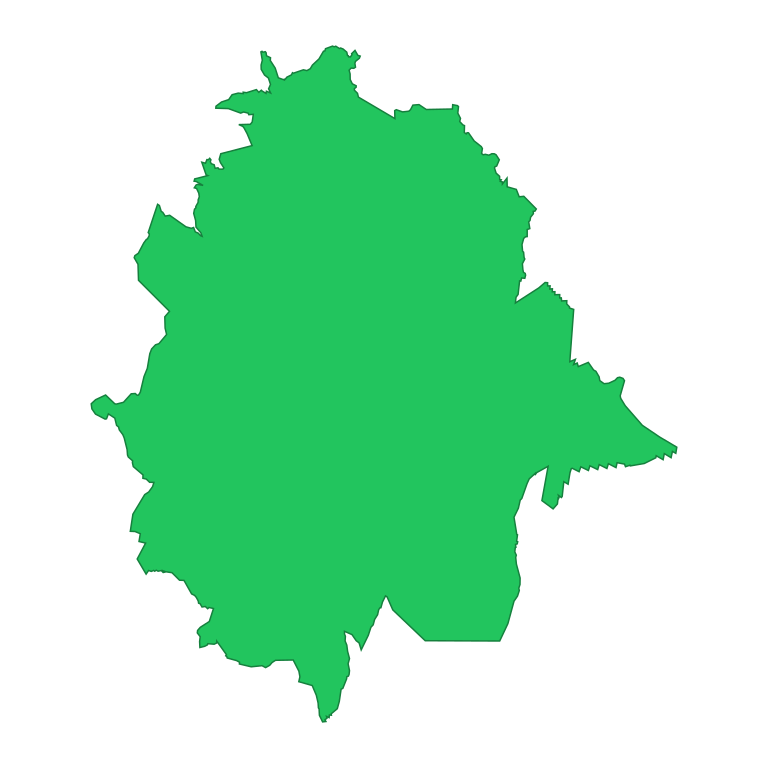 outline of Zautla, Puebla, Mexico
{"feature_id": "50627088B17809013633948", "entity_name": "Zautla", "entity_type": "district", "adm_level": 2, "iso_a3": "MEX", "parent_name": "Mexico", "parent_adm1": "Puebla", "projection": "equal_earth", "projection_center": [-97.698, 19.714], "detail": "fine", "context": "isolated", "style": "filled", "palette": "green", "viewbox_px": 768, "rotation_deg": 0, "n_neighbors": 0, "source": "geoboundaries", "source_scale": "gbopen_adm2", "svg_char_len": 6039}
<svg xmlns="http://www.w3.org/2000/svg" viewBox="0 0 768 768"><path d="M570.0,472.6L571.3,468.6L572.3,468.3L579.1,471.7L580.8,466.8L588.4,470.5L589.9,465.8L597.7,469.6L599.2,464.6L606.9,468.5L608.4,463.7L616.0,467.6L617.1,462.7L624.5,464.1L625.5,466.7L630.0,465.2L630.3,465.9L644.3,463.5L655.8,457.8L656.2,455.7L663.1,459.7L664.3,453.6L671.1,457.7L672.4,451.4L675.8,453.3L676.8,447.2L659.6,437.0L642.3,425.3L625.2,405.7L620.7,398.3L620.2,395.8L624.5,380.7L623.0,378.4L619.8,377.2L617.5,377.7L615.0,380.3L608.8,383.2L604.1,383.7L599.8,380.6L599.1,376.8L595.9,371.3L593.6,370.0L588.3,362.4L578.3,366.6L577.2,363.0L573.6,364.6L575.4,359.3L569.8,361.7L573.7,309.4L569.5,308.0L569.5,306.9L566.7,303.9L566.8,300.7L561.6,300.9L561.3,297.9L559.7,297.9L559.7,294.6L554.8,294.7L554.9,291.7L552.3,291.8L552.4,288.8L549.8,289.0L550.1,285.9L547.6,285.9L547.6,282.7L545.1,282.5L538.8,287.9L515.4,303.0L516.0,297.3L518.1,294.4L519.6,280.9L520.8,281.1L521.6,278.0L524.8,278.3L525.6,275.2L525.2,273.4L523.5,272.4L522.9,269.7L522.4,263.7L524.8,259.0L524.1,257.6L523.6,252.2L522.6,251.3L522.0,244.6L523.7,238.4L525.5,236.8L527.2,236.6L527.2,229.5L529.8,228.6L528.7,221.8L530.0,220.5L530.6,217.2L533.4,213.7L533.2,211.4L535.0,211.1L536.3,209.0L523.8,196.3L519.2,196.8L516.3,189.4L507.2,186.8L507.0,178.1L502.4,184.0L502.4,181.9L500.3,181.4L501.2,179.8L499.7,179.7L499.6,176.3L496.1,173.1L494.5,168.0L494.8,166.9L496.7,166.0L499.3,159.8L496.1,154.8L494.4,153.8L491.9,153.7L488.9,155.2L485.3,154.3L483.2,154.8L481.6,153.5L482.4,148.5L481.3,146.6L474.2,141.0L468.5,132.8L467.1,132.7L466.2,133.9L464.3,132.5L464.5,125.6L462.9,124.9L459.7,121.5L460.5,118.4L457.8,113.1L458.5,106.6L457.5,105.6L452.7,104.7L452.4,109.0L426.3,109.5L419.0,104.6L412.9,105.1L410.5,109.7L408.8,111.2L402.6,111.9L396.3,109.7L394.7,110.6L394.9,118.6L358.4,97.1L357.5,93.3L354.4,90.2L354.4,88.6L356.1,87.3L356.2,85.8L352.3,83.8L350.2,79.5L350.1,73.9L349.1,70.2L351.1,68.1L353.8,68.3L355.5,67.2L354.9,63.4L355.4,61.5L359.4,58.2L360.2,56.1L357.9,55.4L355.0,50.4L351.6,53.7L352.0,54.7L350.4,56.9L348.6,56.8L348.4,55.8L347.5,55.5L346.8,52.2L343.1,49.0L340.6,48.0L339.4,48.5L335.8,46.2L334.2,46.8L332.5,46.1L325.5,48.7L324.9,50.9L323.5,51.2L319.0,58.9L312.4,65.1L310.3,68.7L306.9,70.6L303.4,69.8L293.4,73.2L292.5,72.7L291.4,74.9L286.8,77.2L285.4,79.1L284.4,79.2L284.4,80.0L278.3,77.8L275.2,68.1L270.3,60.5L270.5,57.7L266.5,55.8L266.1,52.7L265.3,51.7L262.8,52.2L262.0,51.3L260.9,51.9L262.3,60.3L261.1,65.0L261.2,69.3L264.5,75.0L268.4,78.0L270.5,84.4L268.6,88.8L270.6,93.0L266.4,91.2L266.0,93.4L261.4,90.6L261.8,89.8L258.8,92.3L256.4,89.6L246.5,92.7L243.2,92.2L243.3,93.6L238.2,93.1L232.1,94.7L228.7,99.6L221.5,102.0L216.0,106.2L215.8,108.2L228.4,108.6L240.7,113.1L243.6,112.0L248.1,113.1L248.8,114.7L253.3,114.3L252.2,122.0L250.3,124.3L238.8,124.6L242.8,126.4L243.9,127.7L247.1,133.6L252.1,145.6L220.8,153.7L219.2,159.3L220.5,162.7L223.9,167.9L222.8,169.2L219.0,169.1L218.0,167.8L215.1,168.3L214.2,164.8L211.3,163.7L210.3,161.8L210.9,159.8L209.7,158.3L208.4,159.7L206.9,159.6L205.5,163.2L201.8,162.2L206.1,174.8L207.8,175.6L194.7,178.9L194.1,181.2L196.2,181.5L203.1,185.4L197.5,184.4L196.1,185.0L194.3,187.8L196.6,188.5L198.8,193.2L199.3,196.8L198.2,199.7L198.1,202.4L195.8,206.5L195.9,207.8L194.5,209.2L193.7,213.4L195.6,220.5L196.0,227.1L200.8,232.7L202.1,236.3L200.6,235.7L198.2,233.1L195.3,231.9L193.6,227.5L191.3,228.3L185.9,226.8L169.7,215.3L165.2,216.1L162.8,212.4L161.2,211.3L159.4,205.5L157.6,204.3L148.2,232.6L149.3,233.8L149.1,235.9L147.5,238.8L146.3,239.5L143.8,242.9L138.3,253.3L134.9,255.6L134.2,257.7L138.0,264.3L138.5,280.3L169.5,311.3L164.8,316.8L165.1,328.1L166.6,334.5L158.9,343.7L155.5,344.8L151.6,349.0L149.8,353.7L147.3,368.4L144.0,376.6L140.3,392.2L138.5,395.1L137.3,395.3L135.2,393.5L131.2,393.8L123.5,402.3L116.3,404.1L114.8,403.8L105.6,395.0L95.6,399.7L91.2,403.8L91.9,408.9L95.5,414.1L105.1,419.1L106.5,418.8L108.4,413.9L114.8,418.1L116.6,425.4L118.5,426.9L119.3,429.9L122.8,434.6L124.2,437.9L127.1,449.6L127.5,455.0L128.3,457.0L132.6,460.8L132.4,462.7L133.3,466.6L143.0,474.9L142.9,478.3L146.3,479.1L149.6,482.3L153.9,482.4L152.6,486.6L148.7,492.0L144.7,494.6L132.9,514.2L130.3,531.3L135.0,531.5L140.3,533.7L139.0,541.5L145.6,543.1L137.2,559.0L146.1,574.1L148.6,570.5L151.3,571.4L153.7,570.4L154.7,571.2L156.3,570.2L158.1,571.2L162.1,570.4L164.2,571.2L162.3,571.6L163.2,572.5L166.1,571.8L172.0,572.7L179.5,580.2L184.0,580.4L191.6,593.9L194.6,595.4L196.3,597.4L198.2,600.9L198.6,603.2L200.1,603.7L202.0,607.0L205.3,606.5L207.7,608.7L208.9,607.5L213.5,608.5L209.3,621.5L200.3,627.3L197.6,630.4L197.3,632.9L200.2,636.7L199.6,641.5L199.9,647.5L204.7,646.3L207.4,644.9L207.8,643.7L214.2,644.2L216.8,642.9L216.8,641.2L226.4,654.6L225.7,655.8L226.8,656.5L227.2,658.0L236.6,660.6L239.5,662.2L239.4,664.0L251.2,666.8L262.1,665.7L265.6,667.6L269.7,665.3L272.1,662.5L275.5,660.3L293.2,660.0L298.9,671.2L299.9,676.8L298.8,681.7L312.2,685.5L316.3,695.2L318.1,703.0L318.4,707.9L319.1,708.9L319.4,715.3L322.6,721.9L325.9,721.5L324.9,719.8L327.0,718.2L326.5,716.4L329.1,717.6L329.4,715.0L331.4,715.2L331.2,713.8L337.3,708.7L339.3,701.4L341.1,689.2L342.8,688.4L346.6,678.9L346.8,676.7L348.4,676.1L349.1,674.3L349.5,670.6L348.1,663.7L349.5,658.6L347.6,651.4L346.8,645.1L345.1,641.0L345.4,636.3L344.5,634.0L344.5,631.3L352.0,634.6L356.2,640.7L359.1,642.9L361.2,649.9L368.3,635.3L370.9,627.3L373.2,624.8L374.6,619.5L377.6,614.7L378.7,609.6L380.1,607.7L380.9,607.7L382.5,602.0L385.5,595.9L387.1,596.9L392.8,609.9L425.2,640.7L499.7,641.0L507.9,623.6L514.0,601.2L517.5,596.1L519.3,590.5L518.8,588.2L520.0,584.5L520.1,578.0L516.4,564.1L515.7,557.4L516.3,555.2L514.8,551.9L515.3,547.4L515.9,547.3L515.5,544.4L517.2,543.9L517.7,541.7L516.6,541.3L517.5,534.8L516.8,534.6L514.0,517.2L518.4,508.1L520.2,500.1L521.8,498.5L527.1,483.5L529.2,478.9L535.1,473.5L534.9,475.1L536.7,472.6L548.1,466.3L541.9,500.6L553.1,508.9L557.4,504.0L558.1,498.1L558.6,498.5L559.1,497.3L558.5,495.4L561.4,497.5L562.2,496.4L563.8,481.7L568.1,484.2L570.0,472.6Z" fill="#22c55e" stroke="#15803d" stroke-width="1.5"/></svg>